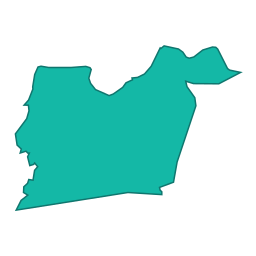 outline of Lucan Lea-5, South Dublin, Ireland
{"feature_id": "5873133B65409503618015", "entity_name": "Lucan Lea-5", "entity_type": "district", "adm_level": 2, "iso_a3": "IRL", "parent_name": "Ireland", "parent_adm1": "South Dublin", "projection": "mercator", "projection_center": [-6.46, 53.348], "detail": "fine", "context": "isolated", "style": "filled", "palette": "teal", "viewbox_px": 256, "rotation_deg": 0, "n_neighbors": 0, "source": "geoboundaries", "source_scale": "gbopen_adm2", "svg_char_len": 984}
<svg xmlns="http://www.w3.org/2000/svg" viewBox="0 0 256 256"><path d="M240.6,72.4L229.6,70.1L227.5,68.5L217.7,49.1L215.8,47.3L212.5,47.0L202.8,50.0L193.8,57.0L189.2,58.2L186.2,57.1L182.8,52.1L178.5,49.0L164.1,45.9L160.9,48.5L160.2,47.9L151.2,66.3L144.5,74.0L137.6,77.4L132.0,78.0L132.5,79.8L126.0,82.8L122.7,87.4L113.3,94.0L109.1,95.6L95.5,89.6L90.6,83.4L88.8,78.2L91.2,69.5L90.0,67.7L85.8,66.4L70.9,67.5L48.7,67.5L41.0,66.2L38.0,67.0L34.7,74.5L32.7,86.9L32.7,87.1L32.9,89.0L28.6,100.0L24.1,105.1L28.4,105.2L29.0,110.8L26.7,118.7L15.4,133.9L17.1,145.1L21.3,149.0L20.2,153.0L26.0,151.2L27.8,153.1L29.3,153.1L27.6,156.8L29.8,165.6L33.7,164.4L34.7,163.0L37.7,166.7L34.6,170.3L33.0,180.2L28.8,179.5L27.6,183.3L23.8,186.8L23.5,192.5L27.8,195.1L21.1,200.4L16.2,210.1L127.9,192.5L161.8,194.6L161.8,191.8L160.1,190.1L159.5,187.4L173.5,182.2L177.1,162.0L195.9,105.8L194.8,97.7L187.0,86.7L185.7,81.2L193.6,83.6L218.8,83.8L240.6,72.4Z" fill="#14b8a6" stroke="#0f766e" stroke-width="1.5"/></svg>